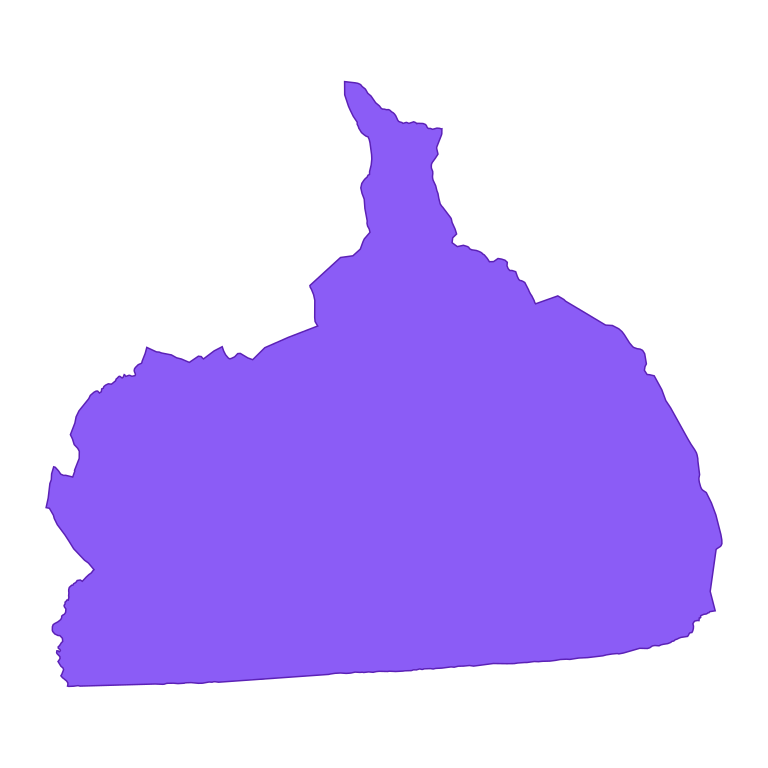 Ekumfi, Central, Ghana
{"feature_id": "2480657B22323593180175", "entity_name": "Ekumfi", "entity_type": "district", "adm_level": 2, "iso_a3": "GHA", "parent_name": "Ghana", "parent_adm1": "Central", "projection": "natural_earth1", "projection_center": [-0.909, 5.289], "detail": "fine", "context": "isolated", "style": "filled", "palette": "violet", "viewbox_px": 768, "rotation_deg": 0, "n_neighbors": 0, "source": "geoboundaries", "source_scale": "gbopen_adm2", "svg_char_len": 6010}
<svg xmlns="http://www.w3.org/2000/svg" viewBox="0 0 768 768"><path d="M67.5,686.1L68.6,686.4L73.7,686.2L78.1,685.6L80.0,686.1L155.1,684.0L162.8,684.3L164.1,684.2L166.9,683.3L173.4,683.2L177.9,683.6L184.3,683.2L185.5,682.8L191.1,682.6L198.5,683.3L202.6,683.2L209.1,682.0L212.1,682.2L213.8,681.7L215.1,681.7L218.5,682.2L328.8,674.4L330.4,674.0L335.1,673.3L340.6,673.0L346.1,673.4L349.3,673.2L351.1,673.0L355.1,672.1L360.1,672.4L362.3,672.2L363.7,672.5L368.6,671.9L373.1,672.3L376.3,671.6L379.2,671.3L387.6,671.5L389.4,671.2L395.7,671.5L402.9,671.1L404.9,670.8L411.4,670.6L413.6,669.8L416.4,669.9L419.8,668.9L421.6,669.4L422.7,669.4L423.9,668.9L425.1,668.8L430.4,668.6L433.2,669.0L435.8,668.4L441.9,668.1L451.1,666.9L454.2,667.2L458.3,666.2L463.5,666.1L469.5,665.5L473.6,666.1L493.3,663.5L507.0,663.7L514.2,663.6L517.8,663.0L524.8,662.5L527.0,662.5L534.3,661.5L538.4,661.7L542.4,661.3L549.9,661.1L555.4,660.4L560.3,659.5L566.3,659.2L569.9,659.4L579.0,658.0L587.7,657.6L602.9,655.8L606.3,654.9L612.0,654.0L616.4,653.6L617.8,653.6L618.8,653.9L623.5,653.0L639.7,648.3L647.4,648.5L649.7,647.8L652.4,645.9L654.9,645.5L659.1,645.8L660.9,644.9L663.3,644.3L667.8,643.6L670.8,642.4L671.9,641.4L673.8,641.0L675.4,639.6L676.7,639.3L679.3,638.0L681.0,637.4L687.6,636.4L688.5,635.1L689.3,633.4L690.1,632.8L691.9,632.5L692.8,630.8L693.4,628.3L693.5,626.1L692.9,623.7L693.9,622.0L694.9,621.0L697.4,620.5L699.0,620.6L699.3,617.9L699.6,617.8L700.0,618.0L700.7,617.4L700.6,616.0L700.8,615.6L703.9,614.3L706.1,614.0L706.9,613.7L707.8,612.9L708.9,612.8L709.7,611.7L715.2,610.8L710.2,591.4L716.1,549.5L716.9,548.7L720.3,546.5L721.1,545.6L721.9,543.7L721.8,539.9L720.9,534.6L715.9,515.0L711.4,502.9L706.3,492.6L702.6,490.1L701.7,489.1L700.7,487.1L699.4,482.5L699.0,480.1L698.9,478.1L699.6,474.7L697.9,461.1L697.8,458.6L697.1,455.0L696.4,452.8L694.6,449.6L690.9,444.1L687.8,438.8L670.6,407.8L665.8,400.6L661.8,389.7L654.2,375.8L649.5,374.7L647.1,374.5L644.4,370.3L645.0,366.6L646.4,363.9L644.7,353.8L643.1,351.1L642.3,350.2L640.1,349.1L637.2,348.7L633.8,347.5L632.7,346.7L629.5,342.9L624.2,334.5L622.0,331.6L618.8,328.8L612.4,325.5L605.6,325.1L565.6,301.2L563.9,299.5L557.8,295.9L535.6,303.8L534.7,302.4L534.1,300.5L533.4,299.1L531.7,295.7L530.7,294.3L529.3,291.7L528.5,289.7L524.8,282.5L523.0,281.4L521.4,280.7L519.8,280.4L518.7,279.3L517.3,276.4L515.7,271.7L512.0,270.5L509.8,270.5L508.2,268.7L507.0,265.8L507.3,262.3L505.0,260.2L501.6,259.1L498.0,258.5L493.6,261.6L489.4,261.7L487.2,258.3L484.3,254.9L482.9,254.1L482.2,253.3L481.0,252.4L479.2,251.5L476.4,250.5L471.7,249.8L469.7,248.8L468.6,247.2L467.3,246.5L463.4,245.3L457.3,246.6L452.1,242.7L452.7,237.8L456.6,234.0L455.1,229.1L452.1,222.5L451.3,218.9L450.8,217.9L442.7,207.2L441.9,206.4L440.2,203.9L438.8,198.3L438.0,193.6L436.9,190.7L435.7,185.8L433.1,180.2L432.6,178.1L432.5,176.2L432.8,173.6L432.7,171.4L431.4,168.1L431.3,166.0L431.5,164.1L432.3,162.4L435.3,158.3L438.0,154.1L436.7,148.6L436.7,147.2L441.4,135.2L441.8,133.8L441.9,128.8L441.5,128.9L439.4,128.3L436.9,128.1L432.6,129.3L430.3,128.4L428.6,128.5L428.0,128.2L427.2,127.4L426.3,125.4L425.3,124.4L423.0,123.5L417.6,123.3L416.9,123.7L415.7,122.6L413.7,121.8L408.9,123.4L406.8,122.5L406.2,122.4L403.0,123.4L401.9,122.5L400.0,122.0L398.7,121.4L397.8,120.3L395.7,115.7L394.4,113.9L393.1,112.7L391.7,111.9L389.7,110.1L388.5,109.6L386.5,109.7L384.2,109.1L382.6,109.1L381.2,108.3L379.5,106.0L375.6,102.7L371.0,96.0L367.8,93.3L365.4,89.1L362.1,86.5L361.0,85.0L359.9,84.2L357.8,83.3L355.1,82.8L344.6,81.6L344.7,94.8L348.5,106.3L350.4,110.5L353.3,116.4L357.2,122.2L357.2,124.3L358.3,126.5L358.8,128.2L361.5,132.6L364.0,134.7L366.1,136.2L368.0,136.8L369.2,139.5L370.0,142.8L371.6,154.8L371.8,159.1L371.2,164.9L369.6,171.5L369.5,174.5L368.0,175.2L367.1,177.1L365.2,178.7L363.8,180.4L361.8,183.4L360.8,187.9L362.0,193.3L364.2,199.1L364.9,208.5L367.2,220.9L367.0,223.4L367.6,226.1L369.2,229.0L370.0,232.3L364.3,238.9L363.0,241.7L360.3,249.1L352.9,255.8L340.5,257.5L309.9,285.5L310.2,287.2L311.5,289.5L313.6,294.7L314.8,300.3L314.7,317.5L315.1,321.6L317.7,326.0L288.2,337.4L264.8,347.7L252.7,359.7L247.8,357.9L240.3,353.4L237.7,353.6L234.7,356.8L231.4,358.4L230.3,358.7L229.3,358.7L228.2,357.9L225.6,354.8L223.7,351.1L222.2,346.7L214.1,350.9L203.5,358.9L202.4,358.0L201.3,356.6L198.4,356.2L189.3,362.4L181.4,359.0L176.6,357.8L171.4,354.9L161.6,353.0L159.2,352.1L156.5,351.9L146.8,347.4L145.2,353.4L142.1,361.3L141.9,362.5L141.4,363.3L138.2,364.7L135.4,367.5L134.5,368.9L134.2,370.5L134.4,371.7L135.3,373.8L135.4,374.7L135.0,375.6L131.9,376.3L129.9,375.4L129.0,375.3L125.8,376.4L125.1,375.6L124.8,374.9L124.2,374.6L123.2,377.1L122.5,377.8L122.0,377.9L119.8,376.3L118.8,376.5L117.2,378.2L116.2,379.0L115.5,380.9L111.4,384.2L108.3,383.8L105.6,385.1L103.9,386.5L103.2,388.3L101.7,388.9L101.3,391.7L99.4,393.0L97.7,391.1L96.1,391.1L94.0,392.2L90.3,395.4L88.8,398.6L79.0,410.8L76.1,416.8L74.9,423.0L70.4,434.7L72.4,438.8L74.2,444.6L77.7,448.3L79.3,451.3L79.2,458.4L74.5,470.4L74.8,471.1L72.7,477.0L65.7,475.3L63.6,475.4L60.7,474.1L58.6,471.0L55.3,467.3L53.7,466.8L51.6,473.9L51.3,479.7L49.9,483.5L48.2,498.0L46.1,507.6L49.4,508.3L53.4,515.2L54.3,518.6L57.3,524.7L64.9,534.9L69.0,541.2L73.7,548.8L84.5,560.2L88.4,563.0L94.0,569.7L93.2,570.4L91.2,573.0L88.9,574.6L86.1,577.2L82.3,581.3L80.3,580.0L77.2,580.5L75.8,582.5L73.7,583.7L72.8,585.2L71.7,585.2L69.3,587.4L68.7,589.6L68.7,591.4L68.9,592.8L68.6,596.0L68.9,597.0L68.3,600.1L67.1,599.9L65.8,601.6L65.1,602.1L65.0,604.1L64.1,605.3L64.3,606.7L65.9,609.0L65.6,612.4L64.4,614.2L62.8,615.1L61.7,616.1L61.6,617.9L60.6,619.7L57.8,621.9L54.6,623.6L53.2,624.6L52.4,626.7L52.3,630.2L52.7,631.5L54.7,633.9L58.0,635.5L59.9,635.6L62.4,638.3L62.7,641.5L61.4,642.7L59.6,645.5L58.1,647.0L58.4,648.4L59.8,649.3L60.4,650.3L59.9,651.3L59.1,651.8L58.2,650.9L56.9,650.8L56.6,652.6L57.0,653.6L59.8,656.5L60.1,658.4L58.8,660.5L58.0,661.5L60.9,666.2L63.0,668.0L63.6,669.7L61.8,674.3L60.9,675.8L62.5,677.7L66.5,680.9L67.8,682.8L67.9,684.3L67.5,686.1Z" fill="#8b5cf6" stroke="#5b21b6" stroke-width="1.5"/></svg>